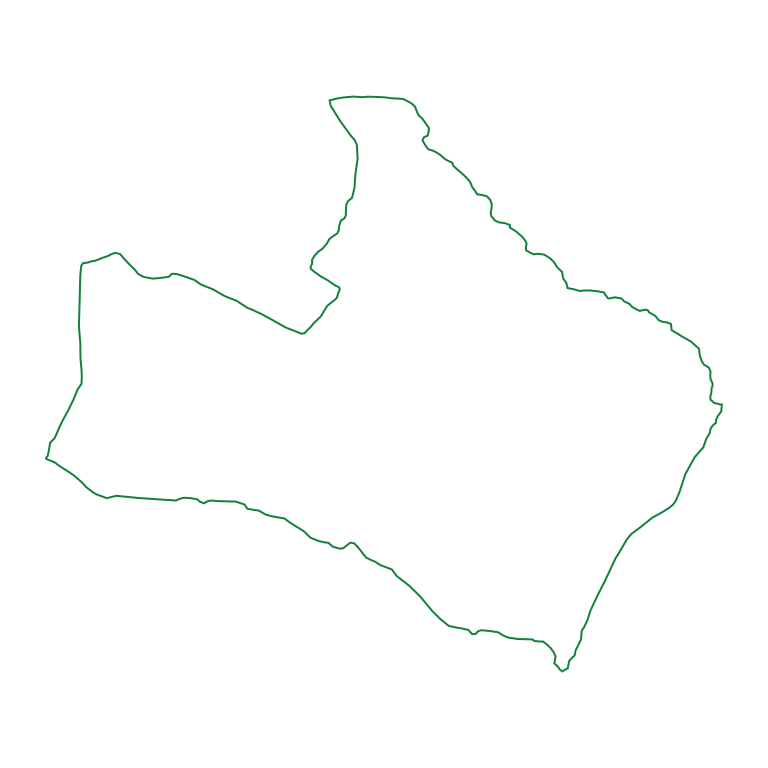 Kiruna, Norrbotten, Sweden (orthographic projection)
{"feature_id": "70781695B94600430897975", "entity_name": "Kiruna", "entity_type": "district", "adm_level": 2, "iso_a3": "SWE", "parent_name": "Sweden", "parent_adm1": "Norrbotten", "projection": "orthographic", "projection_center": [20.786, 68.216], "detail": "fine", "context": "isolated", "style": "outline", "palette": "green", "viewbox_px": 768, "rotation_deg": 0, "n_neighbors": 0, "source": "geoboundaries", "source_scale": "gbopen_adm2", "svg_char_len": 4247}
<svg xmlns="http://www.w3.org/2000/svg" viewBox="0 0 768 768"><path d="M721.9,404.5L720.1,404.6L717.3,403.6L714.3,403.1L712.3,401.1L710.5,399.7L710.3,396.6L711.3,392.9L711.7,387.9L712.6,385.8L712.3,382.5L710.7,379.6L710.2,376.1L710.5,371.6L708.8,367.5L703.9,364.6L701.6,360.9L699.7,355.4L699.4,351.5L698.8,348.5L694.8,345.1L691.3,341.7L682.0,336.5L677.2,333.4L671.7,330.3L671.3,327.4L671.0,324.0L666.7,322.3L663.2,322.0L658.9,320.3L657.3,318.4L655.3,315.9L651.1,313.5L649.3,312.5L647.9,310.3L646.2,309.7L642.7,310.1L639.8,311.0L635.7,308.9L632.3,307.0L629.0,303.6L624.3,301.5L621.5,298.5L614.8,297.3L610.3,298.3L608.1,298.4L605.6,295.2L604.0,292.5L598.2,291.4L589.4,290.4L583.9,290.5L579.7,291.0L574.3,289.4L567.6,288.1L566.3,282.8L563.2,278.5L562.4,274.4L562.0,271.8L557.0,267.1L554.0,262.1L549.8,258.1L544.1,254.6L538.5,253.8L535.6,254.0L534.1,254.4L531.0,253.1L526.0,250.3L525.9,246.9L526.6,244.1L525.9,241.6L522.4,236.9L515.5,231.0L510.0,227.7L509.8,225.0L505.2,223.2L499.1,222.4L495.0,220.6L493.1,218.2L491.3,216.2L490.7,212.3L491.5,209.1L491.8,204.2L490.1,199.6L486.8,196.3L483.3,195.3L477.0,194.2L475.6,191.6L472.2,187.1L470.5,182.6L466.9,178.0L461.2,172.8L453.5,166.1L452.3,162.9L445.3,159.3L439.2,154.1L433.6,150.9L428.6,149.4L426.7,147.4L424.9,144.5L422.5,140.4L423.9,137.3L427.7,135.6L428.4,132.5L429.0,128.3L426.0,123.8L422.3,118.6L419.0,115.7L417.1,112.1L415.0,106.7L411.5,103.4L407.1,101.0L403.1,99.0L399.8,98.7L390.8,98.2L387.1,97.6L384.4,97.3L374.8,96.9L367.8,96.7L362.6,97.2L353.7,96.6L344.2,97.4L337.9,98.3L329.6,100.4L330.6,105.6L340.4,121.4L351.0,135.9L354.9,140.4L356.9,145.1L357.6,158.8L355.4,174.3L354.5,187.7L352.0,197.8L348.0,201.2L346.4,204.3L345.9,209.9L345.8,215.4L344.5,218.3L341.0,220.4L339.4,225.2L338.8,230.2L337.1,233.6L332.6,236.5L329.1,239.4L327.2,243.1L324.8,246.0L322.6,248.6L318.1,251.8L314.8,255.4L312.1,259.7L312.1,263.7L310.7,266.8L310.7,268.7L313.8,271.4L320.2,276.0L327.9,280.4L335.3,285.6L339.0,287.2L339.8,289.6L338.4,292.8L336.8,297.9L334.3,300.3L331.9,302.1L327.3,305.8L320.7,316.5L313.9,323.1L309.8,327.9L304.4,333.2L301.4,333.7L285.7,327.5L279.3,323.9L271.0,319.2L261.2,313.9L253.2,310.2L247.1,307.7L236.6,300.8L224.9,296.2L212.7,289.2L201.1,284.6L194.3,279.9L183.4,276.1L176.6,274.0L171.8,273.8L169.0,276.7L160.1,278.0L152.6,278.6L143.6,276.9L138.1,274.0L134.8,269.6L129.9,264.9L124.7,259.4L119.9,253.9L114.9,252.9L110.5,254.6L107.8,256.1L102.9,257.7L100.5,258.7L95.6,260.6L91.6,261.3L88.1,262.5L83.2,263.1L81.3,265.6L80.3,275.2L79.5,305.7L78.9,326.1L80.3,343.2L80.5,358.6L81.6,370.8L81.8,377.0L81.5,383.8L77.8,389.1L73.5,399.5L68.2,410.4L62.8,420.2L59.8,426.3L54.7,438.1L50.1,442.8L49.2,448.8L47.8,455.6L46.1,458.0L46.4,459.1L54.4,462.2L60.2,466.5L66.9,470.7L73.8,475.4L77.8,478.8L82.5,482.9L85.9,486.9L92.3,491.8L96.1,494.2L104.2,497.2L106.9,498.2L112.5,496.7L116.4,495.8L138.5,498.0L175.9,500.5L180.6,498.5L184.2,497.8L191.3,498.2L197.6,499.5L200.0,501.8L204.1,503.3L207.5,501.2L211.9,500.5L217.1,501.1L225.6,501.3L235.8,501.6L244.5,504.5L247.4,508.7L252.1,509.6L258.7,510.6L265.8,514.6L271.0,516.1L284.4,518.5L289.3,522.1L294.2,525.3L299.4,528.4L304.3,531.7L310.3,537.6L318.6,541.0L325.2,542.5L328.5,542.8L332.3,546.4L336.7,547.9L340.3,548.7L343.3,548.2L347.0,545.2L350.3,542.7L354.2,543.3L357.2,546.4L360.2,550.0L364.0,555.0L366.5,557.8L370.4,559.7L375.1,561.7L380.3,565.1L391.9,569.5L396.6,575.9L409.4,585.9L420.5,596.8L431.9,610.7L440.0,618.7L445.1,622.9L448.7,625.9L455.1,627.3L461.8,628.4L468.3,630.0L472.2,634.2L475.8,633.9L478.0,631.3L481.4,630.2L491.4,631.2L498.2,632.3L502.9,635.3L507.7,637.5L517.8,639.0L532.1,639.4L534.6,641.0L539.6,641.5L543.0,641.5L547.5,645.0L550.7,648.1L553.5,651.9L555.6,656.4L555.1,659.2L554.3,663.4L557.7,666.4L560.0,669.7L562.3,671.4L564.8,669.9L567.8,668.2L569.1,661.2L571.8,658.0L574.6,655.5L575.6,650.4L577.5,646.7L581.0,639.6L581.7,630.7L584.4,626.7L587.6,619.7L590.4,610.7L597.9,594.7L605.3,580.3L610.6,568.8L615.6,558.2L620.9,549.7L626.7,539.6L631.3,534.0L641.0,526.8L652.3,517.7L662.9,511.8L668.8,508.1L673.1,504.6L676.0,500.4L679.8,491.2L685.3,474.3L694.5,457.5L699.5,451.6L703.2,447.6L706.4,438.5L709.5,433.7L710.7,428.5L713.0,425.2L715.9,422.9L716.1,419.9L717.8,416.0L721.2,411.5L721.9,404.5Z" fill="none" stroke="#15803d" stroke-width="2"/></svg>